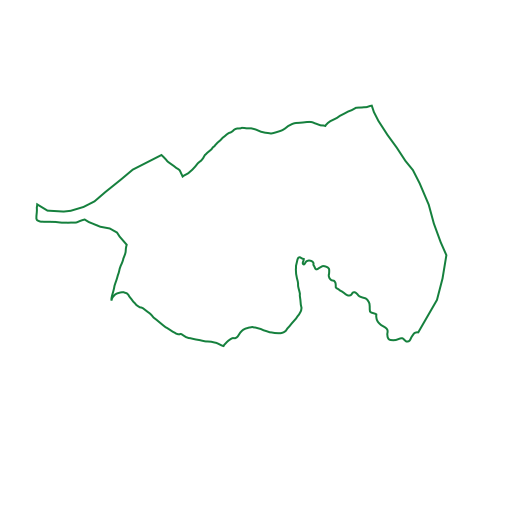 outline of Hamelmalo, Anseba, Eritrea, rotated 153°
{"feature_id": "51966322B61568027672815", "entity_name": "Hamelmalo", "entity_type": "district", "adm_level": 2, "iso_a3": "ERI", "parent_name": "Eritrea", "parent_adm1": "Anseba", "projection": "orthographic", "projection_center": [38.457, 15.915], "detail": "fine", "context": "isolated", "style": "outline", "palette": "green", "viewbox_px": 512, "rotation_deg": 153, "n_neighbors": 0, "source": "geoboundaries", "source_scale": "gbopen_adm2", "svg_char_len": 6147}
<svg xmlns="http://www.w3.org/2000/svg" viewBox="0 0 512 512"><g transform="rotate(153 256 256)"><path d="M269.0,176.0L267.2,175.6L266.2,175.5L265.3,175.5L263.4,175.8L260.9,177.2L258.1,178.2L254.8,179.7L252.0,180.8L248.7,182.1L246.2,183.5L244.3,184.3L241.6,186.1L240.6,186.9L239.0,189.1L238.2,192.2L236.4,196.7L235.0,200.7L234.0,202.5L233.4,204.8L232.7,208.0L232.2,209.9L231.6,211.3L231.0,212.4L230.3,214.5L229.6,217.7L228.4,221.8L227.3,224.3L226.4,226.3L226.0,226.8L224.8,229.1L222.6,231.7L220.5,234.2L219.1,235.2L218.2,235.2L217.5,235.0L217.0,234.3L215.9,232.6L214.8,231.6L215.6,230.5L217.2,229.0L217.7,228.1L217.7,227.5L217.4,226.9L216.8,226.7L215.9,227.1L214.8,227.8L213.5,228.4L212.4,228.3L211.3,228.1L210.3,227.6L208.9,226.4L208.2,225.2L208.0,224.1L208.1,223.3L208.8,222.2L208.9,221.7L208.8,220.8L208.8,219.8L208.9,218.2L208.8,217.4L208.5,216.9L208.1,216.6L207.0,216.4L205.9,216.6L201.9,216.8L200.8,216.6L200.0,216.1L198.8,215.1L197.6,213.7L197.1,212.8L196.8,211.5L196.9,211.0L197.2,210.2L197.8,209.0L198.6,207.6L199.4,206.4L199.8,206.1L200.3,204.9L200.4,204.4L200.6,203.1L200.4,201.8L200.0,200.6L199.5,199.9L198.7,199.3L197.7,198.4L197.5,197.6L197.4,196.5L197.5,195.6L198.1,194.0L198.6,193.0L199.1,192.0L199.0,191.1L198.5,190.2L197.9,189.4L197.4,188.5L196.8,187.1L195.5,185.3L194.2,182.8L194.0,182.3L193.5,181.2L193.0,180.4L192.6,179.8L192.2,179.3L191.6,178.8L190.7,178.4L190.0,178.2L189.5,178.1L189.0,178.2L188.3,178.4L187.2,179.1L186.4,179.4L185.8,179.4L184.8,179.1L184.0,178.3L183.5,177.3L183.2,176.4L183.0,176.0L182.7,174.3L182.2,173.2L181.5,172.3L180.0,170.7L177.6,168.5L177.0,167.3L176.6,166.0L176.4,163.5L176.6,161.9L177.6,159.4L178.9,156.8L179.3,155.7L179.6,154.8L179.4,154.1L178.9,153.2L176.8,151.2L176.0,150.4L175.3,149.4L175.5,148.9L176.2,147.9L176.4,147.3L176.8,146.2L177.1,145.2L177.3,144.3L177.3,143.2L177.3,142.3L177.1,141.2L176.7,139.8L176.3,138.7L176.0,137.9L175.4,136.9L174.4,135.4L173.9,134.6L173.4,133.8L173.1,133.2L172.9,132.6L172.6,132.0L172.5,130.4L172.8,129.4L173.4,128.3L174.1,127.4L174.6,126.6L174.9,125.7L175.2,125.0L175.5,124.1L175.6,123.0L175.6,122.3L175.4,121.5L174.9,120.7L174.4,120.2L173.5,119.6L171.9,118.6L170.6,118.1L169.9,117.8L169.2,117.6L165.3,117.1L164.4,116.9L163.3,116.5L162.9,116.2L162.5,115.6L162.2,115.0L162.0,114.2L161.1,111.9L160.5,111.3L159.5,110.9L158.6,110.7L157.5,110.9L156.6,111.4L154.5,113.0L153.7,113.5L150.7,115.1L149.7,115.4L148.7,115.3L147.4,115.0L146.8,114.7L146.1,114.3L114.7,134.7L100.0,151.3L86.0,170.3L85.2,184.4L82.8,204.2L78.8,223.3L77.2,246.4L77.2,261.3L79.7,272.9L81.4,288.6L83.9,304.3L85.6,320.9L85.6,330.8L85.4,332.1L84.6,337.4L86.4,337.9L89.8,338.4L92.7,339.7L94.1,340.2L98.0,342.0L99.8,342.7L101.1,342.6L104.5,342.5L108.3,342.9L112.5,342.8L117.7,342.8L121.0,342.3L123.7,342.3L128.6,342.4L131.6,341.9L134.5,340.9L135.2,340.4L136.7,341.7L139.0,343.0L140.2,344.2L142.2,346.4L143.3,347.5L144.2,348.6L144.8,349.3L145.7,350.1L147.3,351.1L149.9,352.3L153.7,353.7L157.4,355.2L159.6,356.2L161.0,356.7L162.3,357.0L163.9,357.2L165.6,357.2L168.3,357.2L170.3,356.8L172.3,356.4L174.5,356.2L176.1,356.2L177.7,356.4L179.6,356.7L182.4,357.2L184.9,357.7L187.0,358.3L189.0,359.8L190.5,360.8L192.0,361.8L194.0,363.5L195.1,364.4L197.2,366.9L198.1,368.0L199.0,369.0L200.2,370.1L202.4,372.0L206.7,374.2L208.2,375.3L210.4,376.6L212.0,376.8L213.3,377.4L214.7,378.1L216.6,378.5L218.4,378.4L219.9,377.9L221.2,377.7L222.5,377.6L224.1,377.9L225.5,377.8L227.4,377.5L228.0,377.3L229.7,376.9L232.0,376.5L233.6,375.9L235.2,375.3L237.4,374.8L239.0,374.4L240.3,373.9L241.8,373.4L243.2,372.7L245.1,372.4L247.2,371.3L249.3,370.8L252.5,370.1L254.9,369.3L255.6,369.2L257.5,368.0L258.3,367.4L260.1,366.5L261.9,365.8L263.4,365.6L265.8,365.0L269.5,363.3L271.4,362.6L273.6,361.8L276.8,361.0L278.7,360.5L281.0,360.4L283.5,360.4L285.3,360.1L285.2,362.1L285.2,363.9L285.1,364.9L285.1,366.1L285.1,367.0L285.4,367.8L286.1,369.2L287.0,370.5L288.3,373.4L290.1,376.8L291.5,379.5L292.0,380.7L292.4,382.7L293.4,386.1L294.4,388.9L326.6,388.9L341.4,385.5L361.1,381.4L375.1,378.0L387.4,378.0L400.6,380.4L407.2,382.9L421.2,391.1L424.6,396.6L427.5,401.3L428.1,400.3L429.3,398.7L430.4,396.3L431.7,394.1L433.5,391.3L434.5,389.4L434.7,389.0L434.8,388.2L434.8,387.4L434.4,386.7L434.0,386.2L433.6,385.7L433.2,385.3L432.8,384.8L431.9,384.1L431.0,383.7L429.0,382.5L427.6,381.8L424.8,380.4L422.2,379.0L419.1,377.3L415.8,375.1L413.8,373.8L411.0,372.4L408.2,370.9L405.1,369.5L403.8,368.8L402.3,368.0L401.1,367.5L400.0,367.3L396.9,367.1L394.6,366.8L392.1,366.3L389.6,362.2L381.5,352.8L373.8,346.9L369.2,340.0L368.7,335.2L366.1,324.7L367.3,323.4L368.5,321.8L370.4,318.7L371.8,317.1L373.9,315.2L375.5,313.8L376.0,313.1L377.5,311.6L379.1,310.2L381.0,308.7L383.2,306.6L384.6,304.9L386.0,303.3L387.8,301.6L390.0,299.2L391.7,297.5L393.5,295.8L395.6,293.7L397.2,291.6L399.3,289.2L402.2,286.1L403.9,284.0L405.1,281.9L403.4,283.7L402.1,284.5L400.8,285.0L399.4,285.5L398.7,285.7L397.8,285.7L396.6,285.7L393.6,285.1L392.0,284.6L390.5,283.9L389.5,282.8L388.6,282.0L388.0,281.3L387.5,279.8L387.3,278.8L387.3,277.6L387.0,276.0L386.6,274.2L386.1,271.1L385.3,268.7L384.9,266.8L384.2,265.4L383.4,264.0L382.7,262.9L382.2,262.6L381.5,262.1L380.4,260.7L378.8,257.3L377.9,255.4L376.9,253.5L376.3,252.0L375.7,250.0L375.6,249.3L375.2,247.6L373.6,244.3L372.8,242.4L370.2,236.4L368.9,233.6L367.9,232.2L366.1,229.1L364.6,226.4L363.2,224.5L362.4,223.1L361.6,222.3L361.0,221.7L360.3,221.3L359.6,220.9L358.8,220.9L357.9,220.2L357.5,219.5L356.9,218.4L355.6,216.2L355.2,215.5L354.3,214.6L353.3,213.5L352.0,212.7L349.9,210.9L347.6,209.0L344.2,206.5L342.6,205.1L339.9,202.9L337.9,201.8L334.9,200.0L332.3,197.8L330.8,196.6L329.8,195.4L328.6,193.8L327.6,192.4L326.5,191.1L325.8,190.5L325.3,190.8L324.8,191.2L324.0,191.5L323.1,191.8L320.9,192.6L319.0,193.1L316.3,193.5L315.3,193.5L314.4,193.5L313.8,193.3L313.1,192.9L312.5,192.5L311.8,192.2L311.0,192.2L310.3,192.2L308.8,192.6L304.8,194.9L302.6,195.7L300.8,196.1L299.5,196.1L298.4,196.1L296.4,195.7L294.7,195.4L293.3,194.9L291.5,194.4L290.3,193.3L289.1,192.6L286.9,190.6L284.9,188.8L283.0,186.4L280.8,184.3L278.4,181.8L276.8,180.8L274.3,178.9L271.2,177.1L269.0,176.0Z" fill="none" stroke="#15803d" stroke-width="2"/></g></svg>